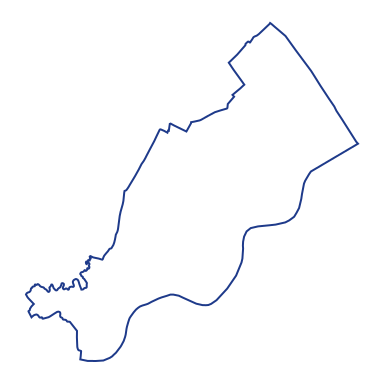 Ninh Kieu, Hau Giang, Vietnam (Robinson projection)
{"feature_id": "81297802B54398389952996", "entity_name": "Ninh Kieu", "entity_type": "district", "adm_level": 2, "iso_a3": "VNM", "parent_name": "Vietnam", "parent_adm1": "Hau Giang", "projection": "robinson", "projection_center": [105.742, 10.032], "detail": "fine", "context": "isolated", "style": "outline", "palette": "blue", "viewbox_px": 384, "rotation_deg": 0, "n_neighbors": 0, "source": "geoboundaries", "source_scale": "gbopen_adm2", "svg_char_len": 5343}
<svg xmlns="http://www.w3.org/2000/svg" viewBox="0 0 384 384"><path d="M329.3,99.2L320.4,85.7L312.7,73.4L311.1,70.9L295.7,50.2L285.5,36.0L274.7,26.8L271.6,24.1L270.1,23.0L269.5,24.0L267.9,25.5L258.7,34.2L256.8,35.6L255.6,36.1L254.6,36.5L253.6,37.1L253.2,37.6L252.7,38.5L251.8,39.9L250.6,41.6L250.2,42.4L249.8,42.5L249.3,42.2L248.8,41.7L248.1,41.6L247.6,41.9L245.9,43.5L245.4,44.2L245.5,44.8L245.4,45.2L237.2,54.6L228.8,62.7L233.5,69.7L242.6,82.3L244.3,84.7L242.5,86.3L240.3,88.4L237.5,90.7L232.5,94.9L234.1,96.7L227.8,104.0L227.4,107.9L226.8,108.6L226.0,108.8L220.2,110.5L214.9,112.2L207.8,116.0L202.7,118.9L201.3,119.7L199.7,120.4L194.3,121.6L191.1,122.2L191.1,122.8L191.0,123.3L190.6,124.0L186.4,131.5L174.1,125.5L170.6,123.6L169.8,123.9L168.8,130.8L168.1,130.6L167.6,132.1L167.4,132.7L164.2,130.9L161.7,129.8L160.7,129.4L160.2,129.4L159.8,129.6L159.5,130.1L156.6,136.1L154.2,141.2L150.1,148.9L146.5,155.8L145.4,158.0L143.9,160.7L141.5,164.1L138.7,169.6L135.0,176.2L133.8,178.2L130.0,184.5L128.3,187.4L127.2,189.0L126.3,190.2L125.4,190.6L124.5,191.0L124.2,192.9L123.4,200.9L122.7,204.3L120.6,211.7L119.7,216.0L118.9,222.2L118.1,228.4L117.8,230.1L117.3,231.8L116.8,232.8L116.2,234.0L115.8,234.8L115.6,236.2L115.0,239.4L114.3,242.3L113.4,244.9L112.2,246.9L111.5,248.1L110.9,248.5L110.2,248.6L109.5,248.9L107.9,251.3L106.3,253.1L105.0,254.7L104.2,255.7L103.4,257.4L102.8,259.1L102.4,259.6L101.6,259.5L98.8,258.6L94.5,257.7L92.9,257.3L91.1,256.4L90.4,256.1L90.0,256.3L89.7,256.7L90.0,257.6L90.5,258.1L90.7,258.4L90.7,258.6L90.5,258.8L90.0,258.8L89.8,258.9L89.6,259.3L89.7,259.7L89.8,260.1L89.7,260.5L89.3,260.6L89.0,260.4L88.6,260.1L88.3,260.1L88.1,260.3L88.2,260.8L88.0,261.4L87.7,261.5L87.1,261.5L86.4,261.5L86.1,261.8L85.9,262.5L86.0,263.2L86.2,263.8L86.6,264.1L86.9,263.9L86.9,263.2L87.1,263.0L87.6,262.8L88.3,262.9L88.8,263.0L89.2,263.3L89.4,263.8L89.4,264.4L88.9,265.4L88.8,265.9L89.0,266.3L89.3,266.7L89.4,267.1L89.3,267.9L88.9,268.5L88.4,268.7L88.1,268.5L87.7,268.2L87.4,268.2L87.2,268.5L87.4,269.0L87.2,269.5L86.7,270.3L86.2,270.7L85.8,270.9L85.4,270.6L85.0,270.2L84.6,270.2L84.4,270.4L84.1,270.9L83.6,271.5L82.6,272.0L82.0,272.1L81.3,272.3L80.8,272.8L80.3,273.6L80.3,274.1L80.8,274.7L81.1,275.2L81.3,275.8L81.5,276.1L82.0,276.3L82.5,276.6L82.8,276.9L82.8,277.4L82.9,277.9L83.6,278.5L84.3,279.1L86.6,282.5L86.9,283.1L86.8,283.6L86.7,284.5L86.7,286.1L86.7,287.0L86.5,287.5L86.1,287.8L84.8,288.0L84.3,288.2L83.8,288.7L83.4,289.2L82.7,289.5L81.4,289.6L81.1,288.7L80.1,286.2L79.3,283.9L78.9,282.4L78.2,280.5L77.5,279.6L76.0,279.0L75.3,279.2L74.0,279.9L73.5,280.4L72.9,281.5L72.9,282.6L73.4,284.1L73.7,284.8L73.9,285.9L73.8,286.4L73.5,286.7L73.1,286.9L71.9,286.7L71.1,286.7L69.9,287.1L69.3,287.6L69.1,288.2L69.0,289.0L68.7,289.5L68.2,289.7L67.6,289.4L67.0,288.7L66.4,288.5L65.5,288.6L64.8,289.1L64.2,289.3L63.6,289.2L63.0,288.5L62.8,287.7L63.1,286.8L63.8,285.4L63.9,284.5L63.8,283.9L63.4,283.5L62.7,283.2L62.1,283.2L61.6,283.5L61.4,284.3L61.1,285.4L60.6,286.4L60.1,287.3L59.7,287.6L59.1,287.9L58.4,288.5L57.9,288.9L57.4,289.8L57.0,290.2L56.3,290.4L55.6,290.2L55.0,289.6L53.7,288.2L53.4,287.5L52.7,285.5L52.2,284.7L51.9,284.5L51.4,284.6L51.0,285.3L50.8,286.0L50.4,286.6L49.7,287.2L49.5,287.5L49.4,287.8L49.7,288.9L49.8,289.9L49.6,291.0L49.1,291.7L48.6,291.9L47.9,291.6L46.9,290.4L46.4,289.7L45.3,289.1L44.5,288.6L43.9,287.7L43.2,287.3L42.2,287.1L41.0,286.7L40.1,286.1L39.2,285.0L38.6,284.5L38.0,284.2L37.5,284.2L37.2,284.6L36.8,284.8L36.4,284.9L35.9,284.7L35.5,284.5L35.1,284.5L34.8,284.9L34.8,285.5L34.8,285.9L34.7,286.2L34.2,286.3L33.2,286.5L32.5,286.8L32.3,287.5L31.9,287.9L31.5,288.0L31.0,288.6L30.8,289.5L30.7,290.4L30.1,291.4L29.3,292.1L28.2,292.4L27.2,292.9L26.6,293.4L26.0,294.5L27.5,297.2L28.4,298.3L33.8,304.0L31.4,306.5L30.0,308.7L29.8,309.9L29.6,310.4L28.6,311.0L28.5,311.5L31.5,317.3L32.2,316.6L33.3,315.7L34.0,315.2L35.3,314.7L36.4,314.5L37.3,314.8L38.2,315.5L39.1,316.9L39.7,317.5L40.4,317.6L41.4,317.3L41.9,317.4L42.2,317.6L42.3,318.3L42.5,318.6L43.0,318.7L48.6,317.2L50.2,316.3L51.9,315.2L54.5,313.5L57.1,311.9L58.1,311.7L58.7,311.7L59.6,312.0L60.1,312.5L60.3,313.3L60.3,314.3L60.1,315.8L60.3,316.6L60.7,317.2L61.5,317.5L62.1,317.8L62.5,318.3L62.8,319.2L63.3,319.6L63.9,319.6L65.3,319.8L66.2,320.2L66.7,320.8L67.0,321.4L67.7,321.7L69.2,321.7L69.9,321.9L77.0,330.9L76.9,337.3L77.3,347.0L77.7,348.6L78.1,349.6L78.6,350.2L79.7,350.5L81.0,351.0L81.1,351.4L80.7,356.2L80.3,359.4L82.7,359.9L87.5,360.9L95.8,361.0L103.4,360.5L109.7,357.9L109.9,357.8L112.1,356.4L113.7,354.8L116.0,352.7L120.5,346.8L121.4,345.3L123.7,341.0L125.1,336.9L125.7,334.5L126.5,328.9L126.9,326.9L128.2,322.3L129.2,319.2L129.7,318.0L130.8,316.3L133.7,312.3L136.0,309.6L138.0,307.9L140.0,306.5L142.5,305.5L146.2,304.4L147.9,303.8L149.6,302.9L151.6,301.8L158.4,298.6L161.6,297.4L166.9,295.8L170.4,294.6L173.3,294.6L178.8,295.7L183.0,297.7L196.3,303.7L202.5,305.1L205.9,305.2L208.4,305.0L211.1,303.9L216.5,300.2L227.2,288.6L236.1,275.6L241.5,262.5L242.4,258.6L243.1,248.5L242.9,245.8L242.9,245.7L243.1,241.7L244.1,236.6L246.6,231.4L250.7,228.1L258.0,226.4L268.2,225.4L269.2,225.3L275.6,224.6L285.3,222.4L289.2,220.4L293.3,217.4L294.2,216.7L296.6,212.7L299.1,208.0L301.3,198.8L302.0,194.0L304.0,183.6L305.2,180.7L309.1,174.1L310.9,171.5L358.0,143.7L356.2,141.7L342.0,119.3L336.4,110.8L334.3,106.5L329.3,99.2Z" fill="none" stroke="#1e3a8a" stroke-width="2"/></svg>